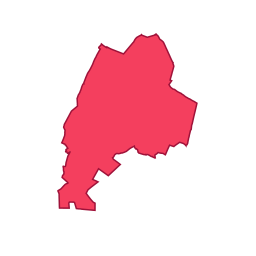 outline of Renswoude, Utrecht, Netherlands, rotated 199°
{"feature_id": "6326949B98381179699630", "entity_name": "Renswoude", "entity_type": "district", "adm_level": 2, "iso_a3": "NLD", "parent_name": "Netherlands", "parent_adm1": "Utrecht", "projection": "mercator", "projection_center": [5.531, 52.072], "detail": "fine", "context": "isolated", "style": "filled", "palette": "rose", "viewbox_px": 256, "rotation_deg": 199, "n_neighbors": 0, "source": "geoboundaries", "source_scale": "gbopen_adm2", "svg_char_len": 5529}
<svg xmlns="http://www.w3.org/2000/svg" viewBox="0 0 256 256"><g transform="rotate(199 128 128)"><path d="M132.4,39.4L134.7,46.2L136.1,46.4L136.6,46.5L136.8,46.6L137.3,46.8L140.4,48.6L145.2,51.8L145.5,52.1L146.3,52.6L145.8,56.0L145.7,56.6L143.5,60.2L139.8,65.8L138.8,67.3L144.7,67.9L144.3,70.3L142.8,78.6L142.6,79.9L131.1,76.5L130.2,78.2L130.1,78.4L128.3,81.8L127.6,83.1L124.5,89.0L123.4,91.0L125.7,91.8L130.1,93.2L131.4,93.6L131.9,93.9L132.9,94.8L132.4,95.5L132.3,95.9L132.2,96.2L132.1,96.4L132.0,97.5L131.9,97.9L131.9,98.2L131.8,98.4L131.6,98.8L131.1,99.5L130.8,99.8L130.4,100.2L129.7,100.4L128.6,100.6L127.3,101.3L126.8,101.7L126.4,102.2L125.6,102.3L123.9,103.6L122.0,105.3L119.6,109.1L118.8,110.1L117.9,111.1L116.1,112.9L115.9,112.5L115.7,112.1L115.4,111.8L115.2,111.6L114.9,111.4L113.9,110.8L113.6,110.7L113.3,111.0L113.2,111.1L112.4,110.6L111.9,110.6L111.6,110.0L111.5,109.8L111.3,109.5L111.0,109.1L110.5,108.7L110.5,108.4L110.4,108.4L110.2,108.1L110.2,107.9L110.3,107.9L107.2,107.9L105.6,108.0L104.7,108.0L103.6,108.2L102.9,108.4L102.6,108.5L102.4,108.5L102.4,108.8L102.0,108.8L101.9,108.6L101.6,108.9L101.2,109.2L100.6,109.3L100.3,109.3L99.4,109.2L98.8,109.1L97.0,108.7L96.1,108.7L95.9,108.8L95.9,108.7L95.6,108.7L92.9,108.4L92.5,108.6L93.0,109.5L93.5,110.6L93.6,110.8L93.7,111.0L93.7,111.3L93.6,111.5L93.4,111.8L92.6,112.7L92.2,113.4L91.6,114.6L90.7,114.6L88.7,114.9L86.6,115.4L85.8,115.2L84.0,114.8L83.9,115.4L83.6,119.9L83.5,121.3L83.2,124.3L83.1,125.3L78.6,125.4L78.4,125.9L78.0,126.4L77.8,126.8L77.2,127.6L77.1,127.8L74.5,131.3L71.2,131.4L70.9,131.4L70.2,131.3L69.5,131.1L68.6,130.8L67.7,130.3L67.8,130.5L67.6,130.5L66.8,131.3L66.7,132.3L66.6,132.8L67.0,135.3L67.1,135.7L67.1,136.5L67.4,138.3L67.4,139.3L67.7,141.3L67.9,143.5L68.1,145.6L68.1,145.9L68.1,146.1L67.8,147.2L67.8,147.4L68.2,149.1L68.6,150.8L68.7,151.4L68.7,152.3L68.7,153.1L68.8,154.0L68.9,154.9L69.1,156.5L69.3,158.4L69.5,160.1L69.7,162.2L69.8,163.3L70.0,165.5L70.3,168.4L70.7,172.4L70.9,173.9L72.5,174.2L73.2,174.4L73.4,174.5L76.3,174.9L77.2,175.1L79.3,175.6L79.8,175.5L80.0,175.5L81.7,175.9L83.5,176.2L85.4,176.8L85.9,177.1L86.3,177.2L86.7,177.3L87.6,177.5L88.2,177.6L88.6,177.9L88.8,178.0L89.0,178.0L89.4,178.0L90.7,178.2L92.0,178.3L92.9,178.5L93.5,178.6L96.5,179.6L96.9,179.6L98.0,179.5L98.5,179.5L99.5,179.9L100.1,180.1L100.6,180.2L101.8,181.0L102.2,181.3L102.5,181.7L102.7,181.8L103.4,182.3L102.1,186.9L103.8,187.0L104.0,188.9L104.0,189.8L104.1,190.6L104.1,191.9L104.2,192.6L104.2,193.3L104.4,195.2L104.4,196.1L104.7,200.6L104.8,201.4L105.6,202.5L106.7,204.0L106.6,204.4L107.2,204.8L107.6,205.1L109.1,206.6L110.9,208.5L111.3,208.9L111.9,209.6L114.1,211.9L114.9,212.7L115.3,213.2L118.7,216.7L119.4,217.5L122.2,220.4L122.9,220.9L123.8,221.3L125.1,221.8L126.9,222.3L127.2,222.6L128.0,223.4L128.4,223.7L128.4,223.8L129.3,224.6L129.8,224.9L130.3,225.2L131.0,225.4L131.7,225.7L132.1,226.0L132.8,225.1L132.5,224.9L133.2,224.4L139.4,220.0L140.0,220.1L143.1,220.2L144.7,220.2L145.7,220.7L146.1,219.7L146.5,219.4L146.8,219.2L147.2,218.8L149.2,216.5L149.5,215.9L149.7,215.4L149.8,215.1L150.0,214.6L150.2,214.0L150.7,210.9L151.0,210.5L156.3,196.6L164.1,196.9L169.2,197.1L171.2,197.3L173.8,197.7L174.3,197.8L174.3,197.1L175.2,197.3L175.3,197.2L178.8,198.1L179.0,198.3L180.5,198.8L180.5,198.7L180.5,198.2L180.5,197.8L180.7,197.4L181.7,195.2L181.9,194.8L181.9,194.7L181.7,194.3L181.5,194.1L181.3,194.0L179.9,193.6L180.1,192.9L181.0,188.1L181.3,186.2L181.4,184.7L181.8,182.8L181.9,181.7L182.0,180.6L182.1,179.6L182.1,178.0L182.2,176.3L182.8,171.9L183.2,169.7L183.3,169.2L183.5,168.6L183.6,168.2L183.7,167.8L183.8,167.4L184.0,166.4L184.2,163.5L184.3,162.4L184.5,155.5L184.3,155.4L184.5,155.3L184.7,155.1L184.9,154.4L185.0,153.5L185.1,151.9L185.1,150.9L185.0,150.7L185.0,148.3L185.1,147.5L185.1,146.1L185.2,145.4L185.4,144.4L185.5,143.8L185.7,143.2L185.7,142.7L185.7,141.7L185.7,139.8L185.8,139.5L184.2,135.6L183.8,134.7L183.5,133.7L182.9,132.4L182.9,132.2L183.8,130.7L185.8,127.5L187.0,125.5L187.7,121.1L187.9,119.7L188.2,118.0L188.9,113.5L189.4,110.7L189.3,110.2L189.2,110.0L189.2,108.6L189.1,108.0L189.1,107.8L189.0,107.7L188.4,107.0L187.6,106.2L187.4,105.9L186.9,105.6L186.8,105.4L186.7,105.0L186.4,103.8L186.3,103.3L186.0,102.5L185.8,102.1L185.7,101.4L185.5,100.5L185.4,99.8L185.5,98.3L185.5,97.0L185.5,96.3L185.6,95.7L185.6,94.8L185.8,92.5L185.7,92.5L185.7,92.4L185.2,92.3L184.8,92.3L184.3,92.3L183.6,92.1L183.2,92.1L182.7,92.3L182.4,92.1L182.1,91.9L182.0,91.7L181.8,91.5L181.4,91.5L181.1,91.5L180.8,91.3L180.7,91.2L180.5,90.8L180.1,90.6L179.8,90.4L179.7,90.2L179.0,89.8L178.3,89.3L179.5,87.6L179.6,87.4L179.6,87.2L179.5,86.9L179.0,86.4L179.3,85.8L179.3,85.6L179.3,85.4L179.2,85.3L179.1,85.2L178.0,85.4L177.4,84.7L177.0,84.4L176.8,84.4L176.6,84.4L176.5,84.5L175.4,86.2L175.1,86.4L175.0,86.1L175.6,82.4L175.6,82.2L175.7,81.8L175.7,81.5L175.3,75.1L174.7,72.2L174.7,71.3L175.9,70.7L176.6,70.8L176.8,70.7L176.8,70.4L176.5,69.9L175.8,68.6L175.6,67.9L175.0,66.5L174.7,66.1L174.3,65.8L174.2,65.5L173.8,64.1L173.8,63.7L173.7,63.4L173.7,63.2L173.8,62.9L174.0,62.6L174.2,62.3L174.3,62.1L174.3,61.9L174.4,61.6L174.3,60.6L174.2,60.4L174.2,60.1L174.2,59.8L173.2,59.4L167.1,56.8L166.9,56.1L167.7,55.5L168.2,55.2L169.0,54.3L169.4,53.5L170.1,52.0L171.5,48.7L172.7,47.2L173.6,46.2L173.8,45.7L172.0,43.7L171.8,43.4L171.7,43.3L171.5,42.8L171.2,41.9L169.0,36.0L167.1,30.9L166.7,30.0L157.5,33.1L159.5,37.7L159.3,38.9L155.1,40.3L154.3,40.0L154.2,40.0L150.6,35.0L148.3,35.5L146.7,36.0L145.8,36.1L143.2,36.7L132.4,39.4Z" fill="#f43f5e" stroke="#9f1239" stroke-width="1.5"/></g></svg>